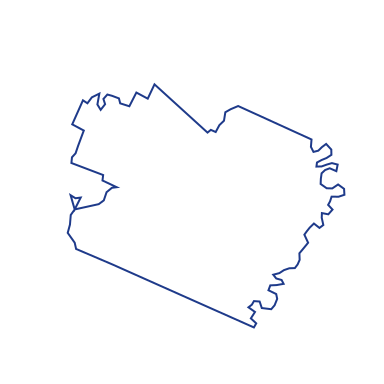 the district of Gaurama, Rio Grande do Sul, Brazil, rotated 296°
{"feature_id": "56859067B15620852620787", "entity_name": "Gaurama", "entity_type": "district", "adm_level": 2, "iso_a3": "BRA", "parent_name": "Brazil", "parent_adm1": "Rio Grande do Sul", "projection": "robinson", "projection_center": [-52.104, -27.593], "detail": "fine", "context": "isolated", "style": "outline", "palette": "blue", "viewbox_px": 384, "rotation_deg": 296, "n_neighbors": 0, "source": "geoboundaries", "source_scale": "gbopen_adm2", "svg_char_len": 1585}
<svg xmlns="http://www.w3.org/2000/svg" viewBox="0 0 384 384"><g transform="rotate(296 192 192)"><path d="M291.6,276.4L289.5,195.8L283.4,190.5L278.3,187.0L270.1,189.5L264.1,187.3L256.3,187.0L256.1,181.7L252.2,179.9L272.3,111.1L256.5,111.3L257.0,98.4L241.6,98.1L240.2,88.6L244.1,85.3L243.4,77.9L242.5,73.2L236.8,71.6L232.8,75.4L225.8,73.9L229.2,68.6L239.8,65.6L233.2,60.5L225.9,59.1L226.6,53.8L200.3,54.7L199.8,67.8L183.5,69.4L175.7,70.4L170.6,68.9L165.2,70.9L168.3,104.7L163.1,106.5L163.3,122.2L160.7,118.2L154.4,115.3L145.8,116.4L140.2,113.5L124.9,94.2L118.2,93.1L109.2,96.6L100.8,98.2L95.0,108.8L90.0,112.8L92.0,152.4L94.6,227.8L97.4,307.0L102.1,307.3L104.2,300.3L111.8,301.2L113.1,293.3L116.9,295.2L121.1,295.5L123.2,300.8L118.3,305.6L121.4,314.6L126.4,315.9L133.3,315.4L137.2,312.4L137.2,303.8L142.4,303.3L145.4,308.8L149.6,314.6L152.2,311.1L151.2,305.6L153.3,301.3L157.4,306.1L162.1,308.9L166.1,312.9L168.7,317.8L173.2,318.7L178.2,318.5L184.0,315.4L191.3,317.2L197.3,318.6L202.9,311.7L207.0,312.4L211.5,313.4L217.1,315.4L215.6,322.3L219.9,324.5L225.7,319.9L230.0,318.0L231.7,324.3L237.8,326.0L240.1,320.0L244.0,320.2L249.0,319.5L252.0,325.8L256.3,330.2L261.5,327.3L262.8,320.0L256.7,316.5L254.4,311.4L255.6,304.1L260.4,302.0L265.6,300.3L270.1,302.0L273.7,305.4L274.0,312.6L280.5,310.9L279.3,305.1L275.8,301.2L271.8,297.3L269.4,292.7L273.3,291.4L277.6,294.5L281.5,298.0L286.5,301.0L291.2,298.6L294.0,291.5L289.3,289.1L284.5,287.4L281.3,283.6L284.7,279.1L291.6,276.4ZM124.9,94.2L138.2,94.4L135.3,90.0L135.9,84.3L124.9,94.2Z" fill="none" stroke="#1e3a8a" stroke-width="2"/></g></svg>